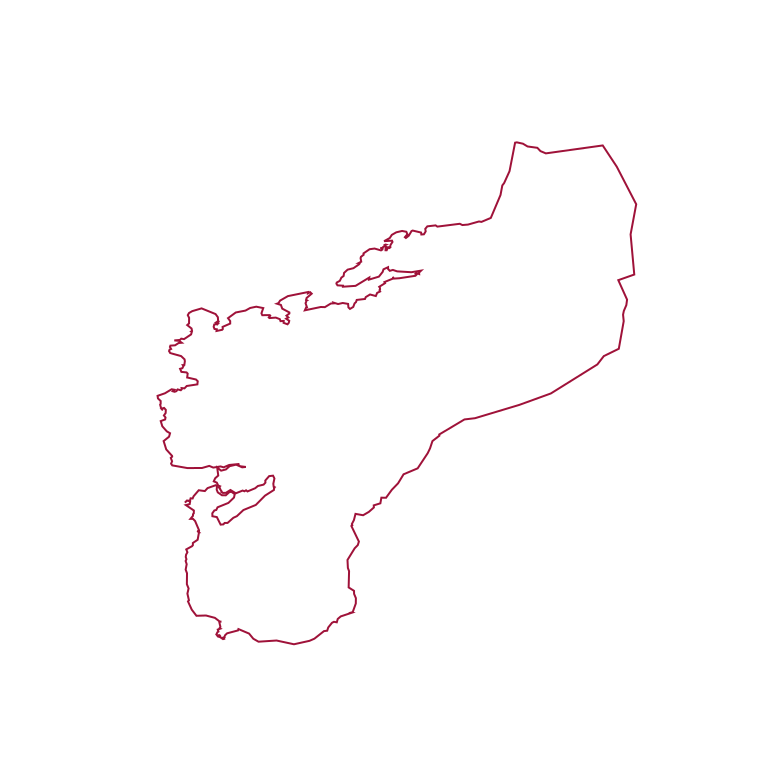 Rissa nor, Sør-Trøndelag, Norway, rotated 16°
{"feature_id": "86288312B80275455305326", "entity_name": "Rissa nor", "entity_type": "district", "adm_level": 2, "iso_a3": "NOR", "parent_name": "Norway", "parent_adm1": "Sør-Trøndelag", "projection": "orthographic", "projection_center": [10.01, 63.676], "detail": "fine", "context": "isolated", "style": "outline", "palette": "rose", "viewbox_px": 768, "rotation_deg": 16, "n_neighbors": 0, "source": "geoboundaries", "source_scale": "gbopen_adm2", "svg_char_len": 6164}
<svg xmlns="http://www.w3.org/2000/svg" viewBox="0 0 768 768"><g transform="rotate(16 384 384)"><path d="M600.0,285.4L597.1,257.5L594.7,251.5L594.4,247.7L595.2,241.4L594.4,235.9L580.6,219.6L594.4,209.8L579.8,172.2L576.9,141.7L547.9,111.0L528.5,94.4L476.0,117.7L470.2,117.0L466.3,114.7L456.5,116.1L451.3,114.7L445.1,115.1L443.5,115.9L446.0,144.8L444.1,157.7L443.0,160.5L443.9,170.2L440.9,194.9L433.0,201.3L430.5,201.6L420.8,207.6L415.5,209.6L412.7,209.1L391.9,218.0L389.9,217.3L382.2,220.5L380.9,223.5L382.0,225.8L381.1,229.1L378.7,230.0L377.9,228.2L369.3,228.6L368.3,229.4L366.9,234.7L364.8,237.6L363.6,237.1L365.2,233.6L363.5,231.5L359.2,231.9L354.0,234.8L350.4,238.5L349.3,242.1L344.7,246.7L352.2,244.0L353.0,245.1L351.9,248.6L352.2,250.5L351.8,250.7L352.3,250.9L351.8,251.8L350.2,252.0L349.7,254.7L348.6,255.0L348.1,252.8L348.7,251.6L346.7,251.4L346.4,250.5L347.6,249.5L347.1,249.5L346.1,250.3L346.6,251.4L345.4,252.4L345.3,253.6L342.9,254.2L345.3,254.1L345.4,255.2L344.3,256.4L337.6,256.4L333.0,258.4L328.3,264.1L328.8,265.4L326.8,268.1L326.8,269.5L328.4,272.7L326.3,274.7L327.4,274.5L327.2,275.6L322.7,281.1L317.5,284.1L315.0,288.2L315.4,291.3L313.7,293.5L313.1,297.0L310.6,299.5L310.6,300.7L312.1,302.0L317.5,300.8L317.7,301.8L329.6,297.5L340.5,285.7L340.8,287.8L349.5,282.2L351.8,276.6L351.9,273.9L355.7,270.6L356.2,272.3L358.4,273.6L361.1,271.9L365.6,272.1L379.5,269.0L388.4,264.8L387.0,267.2L387.5,268.6L384.5,268.4L384.0,269.2L385.5,269.2L384.4,271.3L369.6,278.1L364.3,280.0L363.0,278.5L363.8,280.0L356.3,285.9L357.2,286.8L352.6,291.9L353.6,292.7L354.1,294.1L353.8,295.0L354.8,296.1L352.3,298.3L351.9,301.7L345.9,301.8L342.5,305.5L342.3,307.5L334.6,310.7L334.5,313.0L333.5,314.6L333.2,318.4L330.6,321.2L328.7,320.2L327.4,316.9L322.0,317.5L317.8,319.8L313.0,319.7L313.5,320.3L310.7,321.3L306.0,326.4L302.0,327.4L287.6,335.0L288.1,331.7L288.8,331.5L286.3,327.9L286.6,326.2L286.1,325.2L286.7,324.8L285.9,324.6L285.9,322.6L289.6,317.1L287.7,316.1L285.9,317.8L285.7,316.5L267.4,326.0L261.1,332.5L260.3,335.3L259.0,336.3L263.1,336.4L265.4,339.6L273.3,341.3L273.6,342.3L271.4,345.2L273.7,346.4L271.9,348.2L275.5,349.4L275.6,351.4L274.8,353.2L270.6,352.9L270.2,351.0L267.2,352.1L266.0,350.4L261.7,350.0L255.7,352.2L254.9,351.8L255.8,349.7L255.2,349.3L248.0,351.4L246.7,349.8L247.0,344.3L239.9,344.9L234.4,347.8L230.6,351.6L221.8,356.1L215.9,363.7L218.8,365.9L219.5,368.3L213.1,373.6L213.9,375.6L213.5,376.5L208.4,379.2L208.2,377.5L205.9,377.8L204.5,376.0L204.4,373.6L207.2,372.4L206.8,373.5L207.9,371.5L205.5,371.3L207.2,369.1L208.5,370.2L207.0,368.7L205.9,365.6L202.8,363.2L187.8,361.6L179.6,366.8L177.0,369.5L176.4,371.9L178.4,374.1L179.9,379.5L178.6,381.6L183.7,383.7L184.8,385.8L184.3,386.5L184.9,386.5L184.9,389.5L179.4,396.0L176.6,396.3L175.7,397.9L170.4,399.9L175.1,399.0L178.2,400.1L175.3,401.2L172.5,404.4L168.1,406.0L168.0,407.4L169.7,409.0L168.4,410.1L168.3,411.6L170.0,413.2L181.3,413.1L185.5,415.3L186.3,417.0L186.8,420.7L185.4,421.3L186.3,422.0L185.8,424.4L183.8,425.6L185.9,428.2L191.0,427.3L192.4,428.1L193.0,432.0L202.0,431.5L204.2,432.7L204.7,435.8L194.9,440.3L193.4,443.2L190.5,443.7L191.0,444.9L190.4,446.0L187.1,446.1L186.4,448.1L184.9,449.2L183.0,449.2L184.1,447.3L181.3,447.6L176.0,453.3L169.6,457.8L170.7,460.2L174.0,461.9L174.8,464.7L174.5,465.6L176.6,469.0L177.8,469.8L178.7,469.8L177.0,469.0L179.2,467.6L181.4,469.0L182.1,472.1L181.1,474.9L183.2,476.4L183.4,478.4L179.6,481.2L182.6,485.8L188.3,489.4L191.9,490.3L191.9,493.9L187.9,499.6L192.7,506.9L200.1,511.5L200.4,512.2L199.4,513.8L201.6,516.7L201.3,519.3L202.9,520.6L218.2,519.0L232.2,514.9L238.6,510.9L242.9,511.4L249.6,508.3L252.8,508.3L257.5,504.5L267.1,500.7L265.2,501.6L268.4,502.7L274.1,501.8L270.6,503.2L264.1,502.3L256.7,506.4L257.7,506.4L255.6,509.7L251.3,512.2L246.7,510.3L249.9,517.7L247.7,521.1L247.2,524.5L250.5,524.9L252.6,527.3L254.4,527.5L254.0,528.1L255.6,530.2L253.1,528.3L257.4,531.9L257.3,533.4L257.7,532.5L259.9,533.4L259.5,533.0L262.0,532.2L265.6,528.2L271.7,529.9L277.5,525.4L279.4,525.6L280.7,524.2L282.4,524.9L288.9,519.7L290.9,516.8L296.0,513.9L297.2,511.5L296.5,509.5L299.0,504.2L302.6,502.7L304.7,505.0L305.1,510.4L306.2,513.0L307.3,513.3L306.4,514.6L307.8,513.8L307.0,514.4L307.4,516.2L300.4,524.1L294.1,535.6L283.6,543.9L279.0,551.6L276.1,554.1L271.9,560.7L269.1,561.5L268.3,563.2L265.7,564.2L260.0,558.0L255.5,558.4L254.6,555.6L255.8,552.3L257.5,551.3L258.0,548.4L267.2,541.2L271.1,534.5L270.9,531.0L267.1,529.7L265.2,530.5L262.6,534.6L258.9,535.6L254.1,534.0L252.3,531.7L251.6,528.2L250.1,527.7L243.1,532.7L241.3,536.3L235.2,537.2L231.9,544.4L231.6,546.8L229.6,547.2L229.6,549.8L226.7,550.3L225.3,552.9L226.8,550.4L230.0,550.2L230.3,553.0L226.9,555.0L236.1,558.0L236.8,560.8L236.3,561.8L236.7,563.4L235.1,567.0L237.6,566.3L240.2,567.8L246.6,575.7L246.7,576.3L245.7,576.7L245.7,577.1L247.1,577.7L246.3,578.1L247.1,578.0L247.8,585.1L244.1,589.5L244.7,591.7L244.2,592.8L239.5,597.5L241.4,599.9L240.8,602.6L241.1,604.9L242.4,606.9L242.1,608.8L244.0,611.6L244.5,617.1L246.8,620.2L249.7,630.8L252.5,634.4L252.8,639.7L256.1,645.7L255.5,647.0L261.4,653.9L267.6,658.5L276.7,655.6L285.9,655.4L291.7,657.7L293.2,657.1L291.2,658.1L293.7,662.6L293.2,664.1L294.1,664.3L291.9,665.9L293.1,667.6L292.3,668.5L291.9,670.9L293.9,672.5L294.6,672.5L293.0,671.6L295.1,670.8L296.0,671.5L295.5,672.3L299.6,673.6L301.5,672.5L299.6,673.4L298.9,672.4L300.3,671.3L301.0,672.1L300.3,670.9L300.5,669.3L301.9,666.9L311.6,661.1L311.6,659.7L323.1,661.1L328.6,664.9L334.4,666.3L351.4,660.2L369.2,659.0L383.2,651.4L387.3,648.0L394.4,638.1L397.4,636.8L397.5,633.4L399.8,627.9L401.4,626.4L404.3,626.1L404.3,622.6L406.5,619.3L416.6,612.4L416.0,612.4L416.8,611.9L417.4,602.8L416.0,597.6L413.1,594.0L412.2,591.1L406.1,589.3L402.0,573.5L400.0,570.8L397.4,563.2L401.1,550.0L403.2,546.1L403.3,542.4L391.8,529.5L392.5,528.5L391.7,527.5L392.6,523.1L392.4,516.7L400.1,515.9L404.7,511.1L408.3,505.5L407.6,503.5L413.4,499.7L412.8,494.0L417.3,492.8L420.7,483.5L424.9,475.6L427.7,465.4L439.6,455.8L445.1,438.4L446.0,433.1L446.3,425.5L451.5,418.4L451.0,417.3L471.1,395.9L480.9,391.8L519.8,366.8L547.0,347.1L583.7,306.4L587.6,296.6L600.0,285.4Z" fill="none" stroke="#9f1239" stroke-width="2"/></g></svg>